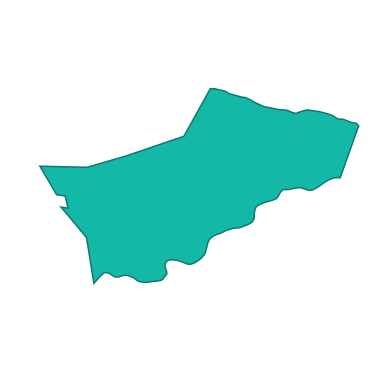 Dirceu Arcoverde, Piauí, Brazil (Mercator projection), rotated 9°
{"feature_id": "56859067B92104285124562", "entity_name": "Dirceu Arcoverde", "entity_type": "district", "adm_level": 2, "iso_a3": "BRA", "parent_name": "Brazil", "parent_adm1": "Piauí", "projection": "mercator", "projection_center": [-42.417, -9.344], "detail": "fine", "context": "isolated", "style": "filled", "palette": "teal", "viewbox_px": 384, "rotation_deg": 9, "n_neighbors": 0, "source": "geoboundaries", "source_scale": "gbopen_adm2", "svg_char_len": 1736}
<svg xmlns="http://www.w3.org/2000/svg" viewBox="0 0 384 384"><g transform="rotate(9 192 192)"><path d="M272.9,96.5L269.8,96.5L266.3,97.1L264.2,97.0L262.2,96.9L260.2,96.8L257.5,96.7L255.1,96.5L250.2,96.5L248.2,96.1L238.7,93.3L235.7,91.9L230.1,90.4L227.6,90.4L225.7,90.5L222.7,90.1L216.8,89.4L213.3,89.0L210.6,88.0L208.2,87.0L205.8,87.0L203.1,86.9L198.3,86.4L195.5,86.8L193.8,87.3L189.6,99.0L175.3,138.2L121.2,166.7L84.5,184.0L37.7,190.3L56.7,213.4L58.7,215.8L67.4,215.8L72.0,227.2L65.0,227.4L74.6,235.7L80.1,240.5L95.0,253.6L106.1,287.6L109.4,297.6L114.0,290.3L115.9,287.9L117.7,285.7L119.4,285.1L122.7,285.2L129.2,288.0L132.9,287.4L135.2,286.1L138.5,284.8L142.0,284.5L148.1,285.9L152.0,288.3L154.8,288.7L158.2,288.9L160.7,288.4L162.6,288.1L167.2,286.4L171.3,285.5L175.6,283.9L177.1,282.3L178.4,279.6L179.9,277.1L179.5,274.7L177.5,270.8L176.7,268.5L176.8,266.6L178.4,263.7L181.8,262.1L185.4,261.9L189.0,261.9L199.7,264.0L202.4,263.4L205.1,261.9L207.2,260.3L210.4,257.1L211.7,255.5L213.8,252.1L214.6,250.3L215.7,239.0L216.8,236.0L217.8,234.4L220.5,231.8L223.3,229.9L225.4,229.0L232.3,224.3L237.9,221.6L244.9,219.7L252.6,215.2L256.0,212.4L257.7,208.5L257.0,205.3L256.9,200.4L257.5,197.1L258.6,195.5L261.7,193.1L265.3,191.0L274.0,186.9L276.3,185.4L277.5,183.5L279.6,177.9L281.8,175.3L284.0,175.0L286.7,174.6L292.5,172.3L297.4,170.9L299.9,170.8L301.7,171.2L307.6,172.1L310.8,171.1L315.1,167.9L316.8,166.2L322.4,160.8L325.7,158.3L328.8,156.4L331.2,155.5L333.5,155.0L336.1,154.9L346.3,100.5L343.5,98.4L337.4,98.3L334.1,97.3L329.1,96.5L326.7,97.0L323.8,96.8L319.1,94.6L314.1,93.6L311.7,93.3L305.4,92.7L292.6,92.9L287.4,95.3L284.9,96.7L282.6,98.1L278.6,97.8L276.2,97.1L272.9,96.5Z" fill="#14b8a6" stroke="#0f766e" stroke-width="1.5"/></g></svg>